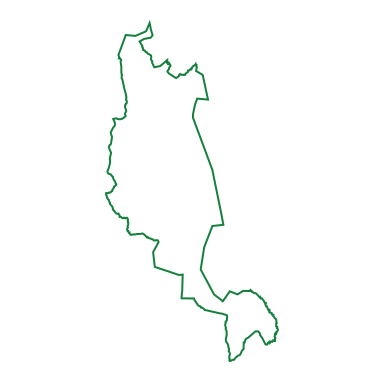 outline of Alcozauca de Guerrero, Guerrero, Mexico
{"feature_id": "50627088B7685110871098", "entity_name": "Alcozauca de Guerrero", "entity_type": "district", "adm_level": 2, "iso_a3": "MEX", "parent_name": "Mexico", "parent_adm1": "Guerrero", "projection": "equal_earth", "projection_center": [-98.38, 17.368], "detail": "fine", "context": "isolated", "style": "outline", "palette": "green", "viewbox_px": 384, "rotation_deg": 0, "n_neighbors": 0, "source": "geoboundaries", "source_scale": "gbopen_adm2", "svg_char_len": 5996}
<svg xmlns="http://www.w3.org/2000/svg" viewBox="0 0 384 384"><path d="M118.4,55.1L119.2,56.9L118.9,58.4L120.3,58.5L120.6,59.5L121.2,60.0L121.2,60.3L120.7,61.2L120.6,61.8L121.3,66.5L121.4,73.0L121.5,73.7L122.0,74.8L122.0,75.3L121.6,76.0L121.7,76.9L121.7,78.6L122.3,79.2L123.7,85.5L124.4,89.0L126.1,95.0L126.2,96.5L126.4,97.0L126.2,97.4L126.3,98.3L126.2,98.6L126.2,99.1L126.1,99.9L126.7,100.7L126.8,102.7L126.6,103.2L125.8,103.7L125.7,104.1L125.7,104.7L125.4,104.9L125.0,105.3L125.1,107.3L126.2,110.6L126.1,111.6L125.4,112.7L125.0,113.9L125.0,114.4L125.6,115.4L125.6,116.2L125.4,116.5L124.7,116.9L124.4,117.4L123.9,117.5L123.3,118.1L122.6,118.4L122.1,118.9L121.3,118.9L120.2,119.3L118.5,119.2L115.9,118.3L113.2,119.0L114.6,121.8L115.0,123.7L114.8,125.5L113.0,127.9L110.7,132.6L112.0,137.2L111.0,143.6L110.7,144.3L110.1,144.9L109.4,145.4L108.9,147.6L111.1,152.9L109.8,158.3L109.8,159.0L110.2,159.8L110.0,161.3L110.1,162.1L110.0,163.4L109.5,164.7L109.5,165.3L108.6,168.5L107.5,171.1L107.5,171.9L107.9,173.1L108.2,173.6L110.5,174.2L112.4,176.5L113.0,177.0L113.0,177.6L113.6,179.3L114.6,181.0L115.1,181.5L115.6,183.5L116.2,183.9L116.3,184.8L114.7,186.3L114.0,186.6L113.9,187.6L113.4,188.5L112.5,189.4L112.4,190.7L112.2,191.1L111.6,191.2L111.3,191.8L110.5,192.1L110.0,192.7L108.8,192.6L107.7,193.2L106.2,193.1L106.1,193.9L106.1,194.8L106.5,195.3L106.8,196.3L106.9,197.7L107.4,198.0L107.6,198.6L107.9,198.8L108.0,199.3L108.8,199.9L108.9,200.8L109.2,201.1L109.7,202.9L110.0,203.0L110.0,203.9L110.5,204.7L111.6,205.7L111.9,206.2L112.3,206.6L112.8,208.1L112.9,209.4L113.1,209.5L113.3,210.0L114.3,210.7L114.4,211.4L116.3,213.5L116.8,213.5L117.3,213.8L118.5,213.6L118.8,214.3L119.5,215.1L119.5,216.5L119.7,217.0L120.4,216.8L121.1,216.9L121.3,217.0L121.6,217.6L122.2,218.0L123.5,218.2L123.8,218.1L124.1,217.7L124.8,218.1L125.2,218.0L125.5,218.3L126.9,217.7L127.6,218.5L128.0,219.7L127.8,220.2L127.9,220.6L127.8,221.0L128.0,222.2L128.3,222.5L128.1,223.1L128.3,224.3L128.2,225.0L127.6,225.8L127.8,226.2L127.6,227.0L127.9,227.7L127.3,228.5L127.3,229.0L127.1,229.6L127.4,230.8L128.2,230.9L128.3,231.9L128.9,232.8L129.5,232.6L129.5,233.2L130.3,234.6L131.1,234.9L131.6,234.5L133.7,234.5L134.4,234.2L135.2,234.5L137.1,234.0L140.5,233.9L142.5,233.5L143.6,234.0L144.7,235.1L145.3,235.5L145.8,236.2L147.1,236.7L147.5,237.0L147.1,237.2L147.0,237.4L147.1,237.6L148.0,237.5L148.6,238.0L150.6,238.5L151.6,239.2L152.7,239.3L153.2,239.7L153.7,240.4L156.0,240.4L156.6,240.1L157.9,240.4L158.6,242.1L153.1,252.1L154.8,266.9L179.0,275.0L182.7,274.6L182.2,291.5L181.9,292.7L181.6,298.3L193.4,298.5L194.0,298.4L194.2,298.8L194.6,300.4L196.0,302.1L196.6,303.2L197.0,303.6L198.2,305.5L200.5,306.4L200.7,306.7L200.8,307.5L201.6,307.5L203.1,308.3L203.9,308.9L204.6,309.9L220.6,313.5L222.5,313.7L223.4,314.2L226.2,314.9L227.0,315.4L227.1,317.4L226.9,318.7L227.0,320.0L226.4,320.8L226.3,321.3L225.9,321.3L225.5,322.0L225.5,322.4L225.7,323.1L225.2,324.3L225.2,325.7L225.9,327.7L225.6,329.0L226.5,330.7L226.7,332.8L226.5,333.8L226.8,334.8L225.9,338.8L225.8,340.0L226.1,341.6L227.6,343.8L228.0,344.9L228.3,345.7L228.3,346.9L228.9,348.6L229.1,349.9L228.8,350.5L228.8,351.2L229.6,352.5L229.9,354.4L229.3,356.2L229.2,357.6L229.4,358.5L229.8,359.0L229.4,360.2L229.8,361.0L231.3,360.6L232.4,359.9L233.9,359.9L235.4,357.9L237.7,355.8L240.1,354.8L242.2,350.3L243.6,349.1L243.7,342.5L244.5,342.6L245.7,339.1L248.4,337.5L255.4,331.4L258.2,331.4L258.7,331.9L260.0,333.7L260.1,335.2L262.1,337.7L265.3,344.1L265.9,344.5L267.1,344.6L267.5,344.1L267.9,342.9L268.7,342.8L269.1,341.9L269.7,342.1L270.1,341.4L270.4,341.6L270.4,342.2L270.8,341.6L272.0,341.8L272.1,341.3L272.8,341.2L273.2,340.3L274.3,341.0L275.0,341.1L275.1,340.8L275.1,340.2L274.9,338.8L275.4,337.9L274.6,336.9L274.9,335.2L275.1,335.0L274.9,334.8L274.9,334.3L275.3,334.5L276.1,334.3L276.3,333.6L275.8,332.7L276.5,331.8L277.0,331.8L277.2,331.3L277.9,330.3L277.6,328.7L277.0,328.2L277.3,327.4L277.2,326.7L276.2,326.4L276.4,325.8L276.1,324.7L276.2,323.6L276.6,323.4L276.7,323.0L276.7,322.5L276.3,321.8L276.4,320.8L276.2,319.8L275.9,319.4L275.7,318.8L274.8,318.2L274.4,317.3L273.2,316.0L273.4,315.4L273.4,314.8L271.9,314.6L271.8,314.3L271.8,313.2L271.0,312.9L270.1,312.3L269.5,312.5L269.1,311.7L269.5,310.8L269.6,309.8L269.4,309.7L268.8,310.2L268.4,309.8L268.2,309.8L266.9,306.4L266.4,306.5L265.8,305.7L265.4,304.6L266.0,303.6L265.8,302.9L265.5,302.9L265.2,303.2L264.8,303.0L264.2,301.9L264.0,301.0L261.7,298.2L260.7,298.4L260.2,297.5L260.1,297.1L259.8,297.4L256.4,293.7L255.3,293.1L255.0,293.2L254.0,293.0L253.1,292.6L252.9,292.2L252.3,291.6L251.8,291.7L251.6,290.9L251.2,290.6L251.0,290.8L250.4,290.1L249.9,291.0L243.1,290.9L237.5,294.4L229.8,291.3L222.8,301.3L222.7,301.3L222.7,301.0L214.1,294.5L200.7,269.5L204.2,247.2L212.4,226.0L223.4,224.8L220.8,211.3L212.3,169.7L192.9,117.5L193.0,114.2L195.1,104.3L197.2,98.6L208.0,99.6L202.7,74.9L196.1,71.0L196.6,67.9L196.9,67.6L196.2,65.4L196.4,65.0L195.7,64.8L195.6,64.2L195.3,64.7L194.9,64.8L194.6,65.4L193.0,66.2L192.2,67.4L191.4,69.3L190.8,69.1L190.8,68.8L190.0,69.5L189.6,70.4L188.2,70.4L187.9,70.6L188.0,71.3L187.7,72.2L187.3,72.4L185.5,73.7L185.1,74.9L184.0,74.8L183.4,75.0L182.9,74.7L182.1,74.8L181.4,74.5L180.8,74.7L180.4,74.2L179.8,74.6L179.6,74.4L179.2,74.8L178.8,76.2L176.1,78.1L168.9,73.5L167.4,71.6L167.6,70.9L169.0,69.0L169.0,68.3L169.3,67.5L170.5,65.8L170.3,65.0L169.9,64.6L169.3,63.4L168.9,64.1L168.3,64.3L167.8,63.9L167.7,63.0L167.1,62.9L167.0,62.7L167.7,61.8L167.6,61.4L167.0,60.9L167.1,60.2L160.3,66.0L154.3,67.3L152.3,63.1L152.1,62.2L152.3,61.2L151.7,60.7L150.9,59.4L151.3,57.7L151.0,55.5L149.1,54.2L147.5,53.5L147.2,53.1L146.9,52.3L145.7,52.0L145.4,51.5L144.7,50.9L144.7,50.5L143.1,50.0L143.0,49.5L143.1,48.4L142.8,48.3L142.8,47.8L142.3,47.0L142.5,46.7L142.4,46.1L142.0,45.8L141.9,45.1L140.8,43.8L140.4,42.7L139.5,41.6L139.6,41.3L140.8,41.0L141.3,40.4L144.5,38.8L150.7,37.7L152.6,35.3L150.7,28.9L150.5,27.1L149.6,23.0L146.2,31.0L145.4,31.6L135.3,35.9L125.8,35.0L118.4,55.1Z" fill="none" stroke="#15803d" stroke-width="2"/></svg>